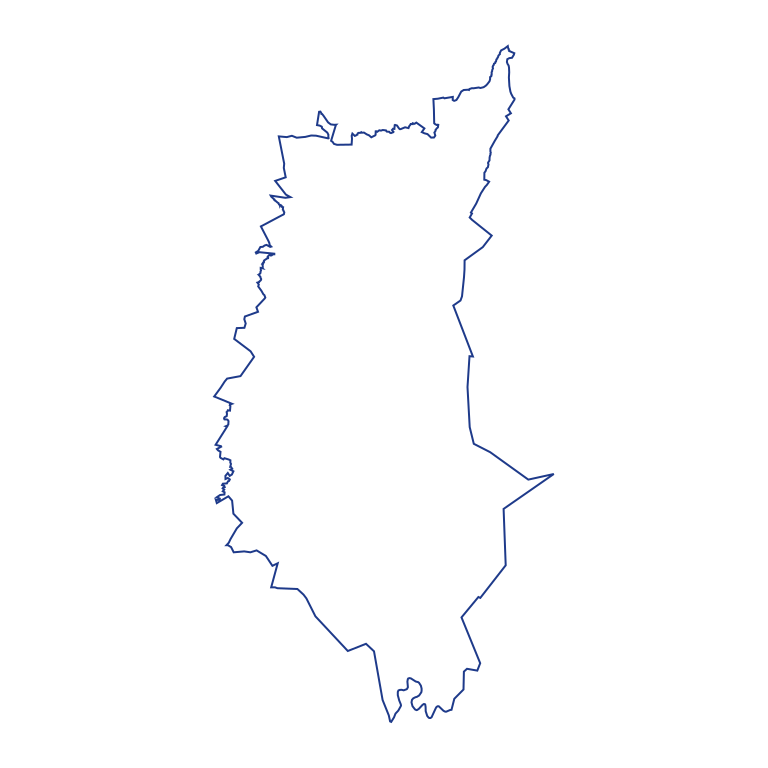 Mochitlán, Guerrero, Mexico
{"feature_id": "50627088B81925526964077", "entity_name": "Mochitlán", "entity_type": "district", "adm_level": 2, "iso_a3": "MEX", "parent_name": "Mexico", "parent_adm1": "Guerrero", "projection": "natural_earth1", "projection_center": [-99.379, 17.343], "detail": "fine", "context": "isolated", "style": "outline", "palette": "blue", "viewbox_px": 768, "rotation_deg": 0, "n_neighbors": 0, "source": "geoboundaries", "source_scale": "gbopen_adm2", "svg_char_len": 6058}
<svg xmlns="http://www.w3.org/2000/svg" viewBox="0 0 768 768"><path d="M514.3,53.2L509.2,51.0L509.3,50.4L508.6,49.7L508.7,48.9L508.1,48.0L507.8,46.1L504.4,48.7L501.1,50.4L499.8,53.0L499.9,54.1L498.4,55.6L498.1,57.0L497.5,57.6L497.3,58.6L496.4,59.4L496.0,61.5L495.4,61.9L495.2,63.0L494.0,63.7L493.7,65.0L493.2,65.5L492.6,67.0L493.0,68.3L492.2,70.1L492.1,71.4L491.6,72.2L491.7,74.3L491.3,75.1L491.5,75.5L491.3,76.2L490.1,77.1L490.1,79.3L489.5,81.3L487.1,84.4L485.8,85.7L483.6,87.2L480.4,88.0L478.7,87.5L473.5,88.3L471.9,88.2L469.5,89.0L469.0,90.0L468.2,89.7L463.7,90.0L461.2,91.6L458.2,97.3L456.4,100.0L454.4,100.8L453.8,100.7L452.7,100.0L452.8,96.9L444.4,98.3L443.3,97.6L437.9,98.7L433.4,99.1L433.9,109.4L434.2,123.3L435.2,124.2L436.8,125.0L437.9,124.9L438.4,124.0L437.9,127.4L436.5,128.6L435.9,129.7L435.5,130.0L435.5,130.8L435.2,131.5L434.4,132.5L435.3,135.6L434.0,137.5L431.1,137.6L427.5,134.1L424.4,133.3L421.8,132.1L424.4,128.4L416.3,122.6L414.6,123.8L412.8,123.3L412.7,124.1L410.7,124.0L410.4,124.7L409.2,126.2L408.5,128.1L405.1,127.3L400.7,129.1L399.7,129.1L398.9,128.3L397.0,125.5L395.0,124.9L394.7,125.1L394.4,128.9L393.1,128.7L392.0,130.0L393.5,131.9L393.3,132.2L391.0,133.1L390.1,132.8L389.3,131.8L386.8,131.6L386.4,131.2L386.0,130.4L382.8,130.0L381.0,130.6L379.3,130.3L377.2,131.8L376.1,131.2L375.7,131.3L375.6,134.5L375.3,135.3L371.3,137.3L369.0,135.3L366.8,134.4L364.0,132.6L361.7,132.7L361.2,132.2L360.5,132.8L358.4,132.9L357.7,133.4L357.4,134.7L356.7,134.8L355.9,135.5L354.8,135.9L352.4,133.6L351.7,135.8L352.0,138.7L351.6,144.6L337.0,144.8L334.0,143.9L332.6,141.9L331.1,140.8L335.9,124.9L336.1,124.7L334.1,124.8L330.8,124.4L328.1,122.4L323.4,115.6L322.1,114.0L321.4,113.9L321.3,113.1L320.4,111.6L319.1,111.8L317.0,125.1L319.7,125.6L321.8,126.7L322.1,128.4L327.3,132.6L328.4,134.8L328.3,136.4L328.6,138.2L328.3,138.4L316.1,135.7L311.2,135.5L305.3,136.9L296.7,137.7L291.9,135.8L286.8,137.1L278.8,136.4L284.2,163.7L283.8,167.9L285.7,177.3L275.2,180.9L285.9,194.6L290.4,197.1L285.4,197.8L270.7,195.6L271.3,196.7L273.6,198.8L274.1,199.7L274.5,199.6L275.1,200.7L275.5,200.8L277.7,202.7L278.5,203.1L278.9,204.3L279.9,205.3L280.0,205.8L280.4,205.0L281.1,205.3L281.7,205.9L281.9,206.9L283.1,207.2L282.8,209.7L283.5,210.4L283.6,211.2L284.3,212.3L283.9,214.2L260.9,226.4L268.2,240.5L269.3,242.9L269.7,245.1L271.2,246.6L270.2,246.9L266.5,244.9L264.6,245.5L262.8,246.8L260.4,247.0L258.2,250.9L255.8,252.4L256.3,253.5L259.4,252.2L274.3,253.7L274.3,254.3L272.8,254.4L271.6,255.4L270.5,255.5L269.8,254.9L268.9,255.3L267.6,256.8L267.6,257.2L268.2,257.8L268.1,258.2L267.2,258.4L264.2,260.4L263.9,260.9L264.1,262.0L263.8,262.5L263.3,262.4L262.2,264.0L262.9,264.3L262.6,265.3L262.8,267.2L262.3,268.0L262.6,268.3L260.7,267.9L260.7,269.4L261.0,270.5L260.5,271.6L260.5,272.7L260.3,273.3L259.4,273.9L259.3,275.1L258.9,275.1L260.4,276.8L260.4,277.4L261.2,279.1L260.8,280.3L259.1,281.7L259.1,282.1L257.4,282.6L258.8,284.5L258.2,286.4L261.4,290.8L263.4,294.3L264.4,295.1L265.3,297.6L264.6,298.6L256.4,307.3L258.0,311.8L244.9,316.5L244.3,319.2L245.7,323.5L244.4,327.8L236.8,328.1L234.2,338.9L250.6,351.3L254.1,356.8L240.5,376.1L227.1,378.6L224.7,381.5L220.6,387.8L214.2,396.5L232.0,403.8L230.1,404.5L230.2,404.8L229.8,405.3L230.4,406.0L230.0,410.6L227.8,410.3L227.5,411.2L226.6,412.1L227.0,413.9L226.7,416.1L224.7,417.1L224.1,418.1L224.1,418.7L224.5,419.4L227.0,419.5L227.8,420.0L228.5,421.1L228.3,424.5L227.5,425.5L225.9,426.2L227.1,426.6L215.6,444.8L221.0,446.2L221.2,446.7L216.9,449.0L218.0,450.3L220.5,451.8L220.0,457.0L220.6,457.9L223.4,459.4L224.4,458.2L228.7,459.5L230.4,460.3L230.3,462.6L231.0,463.9L230.3,466.5L230.6,466.4L232.2,468.7L230.4,469.7L233.4,471.3L231.9,474.5L229.7,475.9L227.8,473.0L225.4,475.9L225.5,479.0L227.8,478.0L229.8,479.4L229.1,480.9L228.0,481.3L226.9,483.4L222.9,483.7L222.1,485.1L224.3,485.9L224.7,487.2L223.1,487.7L222.6,488.4L224.2,489.7L222.8,491.3L224.6,492.3L224.4,494.5L220.1,495.0L216.7,497.3L219.8,498.6L219.6,499.7L216.5,500.0L215.8,499.6L216.8,503.1L228.4,496.3L232.1,500.6L233.4,513.7L242.1,522.8L236.8,528.4L230.5,539.1L228.8,542.7L226.5,545.2L227.9,545.2L231.1,547.1L233.7,552.3L244.2,551.4L250.4,552.3L256.6,550.4L265.9,556.0L272.4,565.8L277.7,563.3L271.2,587.3L274.9,587.3L277.4,588.2L297.4,589.0L303.5,594.6L306.4,598.4L315.4,616.3L347.8,651.0L366.0,643.8L374.0,651.3L382.6,700.0L388.8,715.4L390.1,721.4L391.2,721.9L394.0,717.4L395.5,713.6L398.3,710.6L400.8,706.1L401.0,705.3L400.7,704.1L399.2,700.4L397.8,695.2L397.8,692.0L398.1,691.2L398.5,690.4L399.9,689.9L401.6,689.8L403.7,690.3L406.5,689.3L407.1,688.8L407.9,687.2L407.4,681.6L407.8,679.2L408.2,678.5L409.4,678.1L410.9,678.4L415.7,681.5L418.3,682.2L419.1,682.9L420.9,685.7L421.6,688.6L421.6,690.7L421.3,692.3L419.1,695.5L416.8,696.9L415.5,697.2L413.3,698.3L412.0,699.8L411.5,702.4L412.5,706.2L415.0,709.4L416.4,710.1L417.1,710.0L418.8,708.9L422.6,704.8L423.9,704.0L424.9,704.2L425.2,704.5L425.6,706.9L425.7,711.2L427.2,715.9L428.7,717.7L429.4,718.0L430.5,718.0L431.6,717.2L435.8,708.1L436.5,707.0L437.2,706.5L437.9,706.2L438.8,706.3L443.5,710.8L445.3,711.7L446.2,711.7L450.1,710.0L451.5,709.8L454.3,698.8L463.5,689.5L463.9,671.6L467.0,668.8L477.3,670.6L480.2,663.2L461.5,617.4L478.4,597.0L480.3,597.9L505.7,565.3L503.6,508.9L553.8,474.0L528.3,479.6L490.2,452.2L473.8,443.8L469.7,427.1L467.5,387.1L469.5,356.2L472.9,356.5L453.3,305.5L460.5,300.5L462.0,296.4L464.0,277.2L464.5,269.5L464.6,260.3L482.8,247.1L491.7,235.6L472.1,219.9L469.7,217.5L472.0,213.5L470.9,212.6L476.2,203.6L480.9,193.3L485.0,186.9L486.9,184.9L489.1,181.7L486.2,180.1L484.3,179.7L484.4,172.7L485.5,171.3L486.5,168.5L487.9,167.2L488.0,166.7L488.5,164.3L488.1,163.5L488.1,162.6L489.5,160.4L489.6,157.5L490.0,155.6L490.5,154.7L490.4,153.5L490.8,152.8L490.4,151.4L490.4,148.7L494.8,140.8L497.6,136.2L497.7,135.4L508.7,120.5L506.0,116.3L510.9,113.3L508.4,109.3L514.5,99.6L514.5,98.4L513.2,97.6L511.2,93.8L510.4,91.6L509.4,86.1L508.9,77.5L509.2,72.3L509.0,67.5L508.6,65.5L507.6,64.0L506.9,62.0L507.3,59.2L509.4,58.1L512.0,57.8L513.9,54.7L514.3,53.2Z" fill="none" stroke="#1e3a8a" stroke-width="2"/></svg>